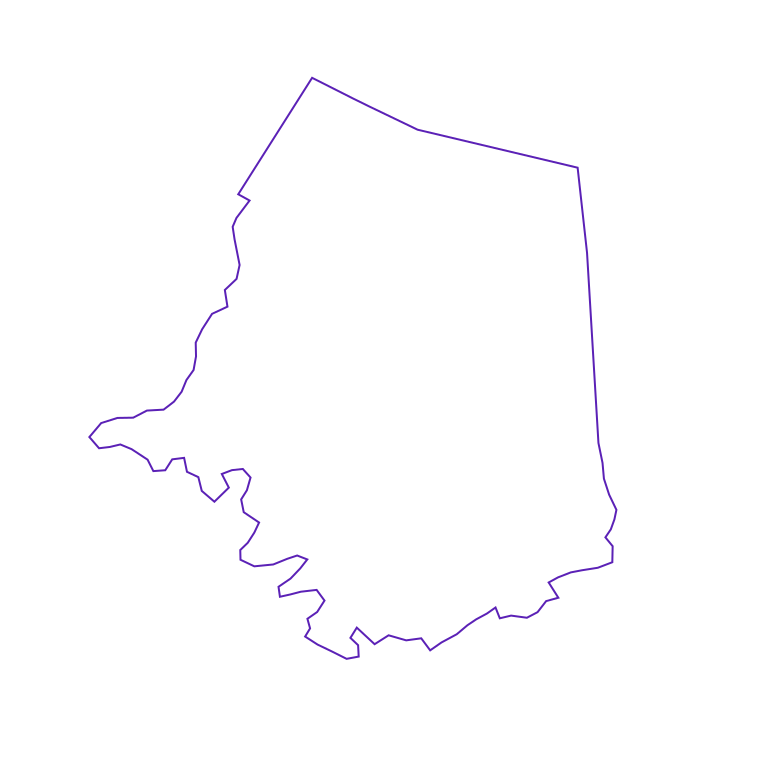 the district of Itabi, Sergipe, Brazil, rotated 286°
{"feature_id": "56859067B58035977346171", "entity_name": "Itabi", "entity_type": "district", "adm_level": 2, "iso_a3": "BRA", "parent_name": "Brazil", "parent_adm1": "Sergipe", "projection": "natural_earth1", "projection_center": [-37.181, -10.102], "detail": "fine", "context": "isolated", "style": "outline", "palette": "violet", "viewbox_px": 768, "rotation_deg": 286, "n_neighbors": 0, "source": "geoboundaries", "source_scale": "gbopen_adm2", "svg_char_len": 1510}
<svg xmlns="http://www.w3.org/2000/svg" viewBox="0 0 768 768"><g transform="rotate(286 384 384)"><path d="M645.3,510.5L637.7,346.2L646.7,293.4L649.9,275.6L658.5,230.5L526.2,191.6L523.3,204.2L503.0,196.4L493.4,195.2L481.8,200.5L458.6,212.4L444.4,213.3L430.5,205.1L415.2,212.2L404.1,199.4L386.5,194.1L371.9,191.6L358.7,195.7L345.0,197.1L333.4,193.0L320.8,191.6L309.2,187.0L298.6,179.2L293.1,163.4L282.5,152.2L277.9,137.1L268.5,122.9L251.8,115.4L243.7,127.8L247.9,137.8L253.2,147.2L251.8,159.3L246.1,177.6L236.7,186.3L240.8,197.5L253.2,201.2L257.9,212.2L245.3,218.8L243.3,231.2L231.0,238.3L224.1,253.4L241.6,263.4L252.8,252.9L259.3,261.6L263.4,271.7L257.3,281.5L244.1,281.5L233.7,278.5L222.1,284.5L216.4,302.1L205.4,300.3L193.8,296.8L184.8,291.6L175.5,294.5L173.0,309.6L180.0,327.3L189.3,339.2L195.2,347.8L194.2,358.6L183.6,354.3L171.2,347.8L160.0,338.5L150.8,342.6L155.9,352.0L161.4,361.3L167.5,376.0L159.4,386.5L146.4,382.6L137.2,375.1L128.7,380.3L119.5,377.8L115.2,392.0L112.6,407.3L109.5,423.8L115.0,434.8L125.8,431.1L130.7,421.7L142.3,425.0L131.3,446.7L143.7,457.7L143.7,476.0L149.8,489.9L140.7,501.8L151.4,510.5L163.5,522.9L175.1,530.7L183.2,537.5L191.7,546.2L199.9,552.8L190.7,559.9L196.4,570.0L198.7,585.8L207.0,594.5L220.0,599.7L226.6,610.5L238.6,597.0L246.1,604.6L254.4,615.5L259.5,625.6L266.3,640.2L275.6,652.6L291.1,648.5L297.6,639.1L306.8,642.1L317.4,642.8L327.1,642.1L339.7,630.9L353.6,621.5L368.4,615.8L386.4,606.4L566.1,543.0L645.3,510.5Z" fill="none" stroke="#5b21b6" stroke-width="2"/></g></svg>